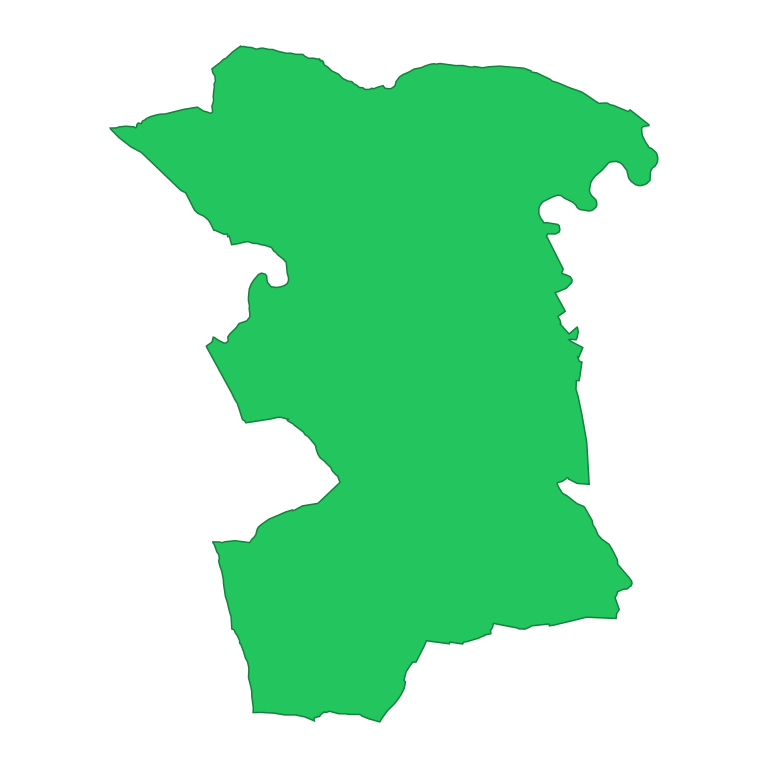 Sercaia, Brasov, Romania
{"feature_id": "2599482B18574543528453", "entity_name": "Sercaia", "entity_type": "district", "adm_level": 2, "iso_a3": "ROU", "parent_name": "Romania", "parent_adm1": "Brasov", "projection": "natural_earth1", "projection_center": [25.127, 45.831], "detail": "fine", "context": "isolated", "style": "filled", "palette": "green", "viewbox_px": 768, "rotation_deg": 0, "n_neighbors": 0, "source": "geoboundaries", "source_scale": "gbopen_adm2", "svg_char_len": 6040}
<svg xmlns="http://www.w3.org/2000/svg" viewBox="0 0 768 768"><path d="M584.5,507.1L583.4,506.3L576.9,503.6L567.1,495.9L562.3,493.1L558.8,487.4L557.2,483.9L557.3,482.9L557.6,482.6L561.9,481.5L565.7,479.1L566.3,478.1L567.3,477.6L568.2,478.1L568.7,479.1L577.1,483.4L589.2,484.3L586.7,442.0L582.0,415.1L578.2,396.7L576.0,389.3L576.3,380.6L579.0,380.8L580.0,375.8L581.9,362.1L579.3,361.2L577.7,356.8L578.8,357.2L582.8,347.6L572.0,341.9L568.8,339.7L569.2,339.4L571.1,339.3L576.0,339.8L577.0,338.0L578.3,331.9L577.5,327.7L577.1,327.1L569.0,333.9L560.2,324.0L560.8,323.3L559.9,319.9L557.9,316.5L565.3,311.3L555.1,292.6L558.4,291.6L566.3,288.2L571.7,282.6L572.1,280.1L571.8,279.1L570.3,276.8L566.0,274.8L562.1,273.6L561.9,272.0L562.6,271.2L563.2,269.1L547.3,237.4L546.3,236.8L547.8,233.8L555.4,234.0L559.2,232.0L559.9,229.9L559.2,225.6L557.6,224.4L546.5,222.6L544.1,223.0L540.5,217.8L539.0,213.9L538.8,211.5L539.0,208.2L539.7,206.0L541.7,203.1L543.1,201.6L552.7,196.9L557.2,195.3L559.2,195.2L561.2,195.6L564.4,198.1L572.5,202.1L575.8,204.9L576.8,206.9L578.6,208.8L580.3,209.6L585.5,210.3L588.3,211.0L591.0,210.7L592.7,210.0L595.8,207.4L596.6,206.0L596.8,203.7L596.4,201.3L595.7,199.6L591.8,195.9L590.0,193.1L589.4,190.2L590.6,183.1L592.5,179.4L595.1,176.2L602.5,169.7L608.5,162.9L610.7,161.9L616.2,161.4L620.3,162.8L622.5,164.7L626.8,170.3L628.3,176.6L629.2,179.0L631.4,181.6L635.5,184.6L638.7,185.6L641.1,185.6L645.3,184.4L646.9,183.4L650.0,180.3L650.4,173.4L650.8,170.7L652.1,168.4L655.1,166.0L656.7,163.6L657.5,161.6L657.8,158.1L656.8,153.8L655.6,152.0L651.8,148.7L648.5,147.1L648.0,145.6L645.6,142.2L642.7,136.4L642.1,134.2L641.6,129.5L641.9,127.9L642.6,126.9L645.0,126.1L649.0,125.6L648.9,124.7L630.1,109.9L628.1,111.5L613.4,105.4L610.2,104.8L607.9,103.4L606.5,103.0L598.7,103.3L582.0,92.1L569.3,87.6L557.7,82.7L552.4,81.2L550.1,79.3L536.8,72.9L531.9,72.1L531.1,71.7L531.0,70.8L523.9,68.2L499.7,66.1L488.6,66.8L482.5,67.8L474.3,66.5L473.0,67.0L470.5,67.1L462.8,65.5L455.8,65.6L440.0,63.5L435.7,64.2L434.3,63.7L431.0,64.1L424.8,66.0L421.8,67.5L414.1,69.1L409.2,71.9L403.2,74.5L399.5,76.9L396.0,81.7L395.0,85.8L391.3,88.5L389.0,88.8L385.1,88.3L383.0,85.6L376.8,87.5L373.6,88.8L372.0,88.2L369.4,89.4L365.0,89.4L362.8,87.7L359.5,87.5L356.5,85.1L354.1,84.0L351.8,81.6L348.2,81.1L342.8,78.5L338.4,74.1L331.8,70.9L327.4,66.8L324.8,65.3L323.3,63.3L323.7,63.3L323.7,62.9L323.1,61.5L321.6,60.4L320.6,60.9L320.0,60.4L319.9,59.3L319.5,58.9L317.3,59.1L313.6,58.2L308.5,58.3L304.5,56.0L302.8,54.4L295.7,54.3L290.4,53.1L286.6,53.3L277.7,51.2L272.7,49.5L268.9,49.4L262.7,48.1L259.5,48.4L257.1,49.1L255.7,49.0L251.6,47.5L247.4,47.2L243.5,46.4L240.9,46.8L240.6,46.1L232.2,52.3L226.0,58.2L223.1,59.6L220.6,62.2L211.9,68.9L212.9,73.0L214.9,76.0L215.4,81.4L214.3,83.3L214.1,84.5L214.4,86.9L213.8,90.3L213.2,96.5L213.6,100.1L213.0,103.0L211.9,106.0L212.6,111.4L212.4,112.2L211.6,112.8L210.5,113.3L206.8,111.9L203.3,111.0L197.5,107.2L196.2,107.3L183.5,109.4L165.2,114.0L159.9,114.2L156.2,115.0L150.6,116.6L146.3,118.6L145.2,119.7L142.5,121.1L141.2,123.7L138.2,123.0L136.9,124.5L136.6,127.0L135.8,127.9L133.8,126.8L125.7,126.2L119.3,126.9L116.3,127.9L110.2,128.1L110.9,129.4L118.9,137.5L130.9,146.9L141.3,152.4L180.9,190.4L185.7,192.9L194.5,210.1L197.7,213.2L204.3,216.4L208.6,220.3L211.1,224.6L213.8,230.2L215.5,230.5L223.7,234.2L227.2,234.0L227.7,236.7L229.3,236.2L231.6,244.7L238.6,243.6L245.8,241.8L248.9,241.8L252.9,243.3L257.6,243.6L260.9,244.7L264.6,245.2L270.9,247.3L272.0,248.2L274.0,251.4L275.5,252.1L278.2,255.2L284.3,260.0L284.3,260.5L286.2,262.2L287.2,273.1L288.5,277.7L288.4,281.0L287.3,283.3L285.7,284.8L283.5,285.9L280.7,286.8L276.7,287.5L271.0,286.7L267.6,282.5L266.8,278.9L266.7,276.2L265.4,274.2L261.5,273.1L258.4,274.5L253.4,280.5L251.0,284.4L249.3,288.8L248.4,297.7L248.5,301.0L249.5,306.2L249.1,308.3L249.9,314.1L249.8,316.9L246.7,320.9L239.1,323.5L236.5,327.4L229.6,334.2L227.8,337.0L228.2,340.1L227.9,341.3L226.5,342.6L225.2,343.1L223.5,342.9L217.2,339.5L214.3,337.4L213.2,337.2L212.2,341.6L210.7,343.1L206.6,345.8L206.3,346.5L231.8,393.2L234.7,399.3L237.4,403.6L242.5,419.6L244.3,420.5L245.9,422.8L270.5,419.0L277.4,417.4L280.7,417.3L287.1,419.0L289.1,419.0L287.2,419.6L287.5,420.7L293.1,423.9L294.2,425.1L303.1,431.8L305.3,434.9L307.8,436.3L313.7,443.2L315.5,445.7L316.4,449.9L318.0,454.3L319.8,457.2L320.7,458.3L324.7,461.3L326.3,463.3L330.9,467.6L331.5,469.4L332.5,471.1L336.2,475.1L337.6,476.0L340.0,482.4L317.9,503.4L302.4,505.9L294.3,510.3L292.8,510.6L292.5,509.9L285.9,511.9L269.1,519.1L261.9,524.1L258.5,527.0L257.1,529.5L256.0,534.2L254.6,536.6L251.9,539.3L249.6,542.6L235.1,540.7L225.3,541.7L222.0,542.7L219.4,542.0L212.9,541.9L212.9,542.8L214.3,544.6L216.9,552.0L218.3,553.7L219.0,555.8L219.3,558.3L218.7,561.2L219.8,565.9L221.7,571.1L223.3,579.1L223.6,584.4L225.4,596.4L227.3,602.3L229.2,610.5L231.1,617.0L231.8,628.9L234.0,629.8L235.7,633.4L237.2,635.4L239.6,640.6L239.6,642.9L241.1,645.1L243.5,651.5L245.6,658.5L247.1,660.9L247.8,662.7L248.9,668.4L248.5,677.7L251.0,687.4L251.8,691.7L251.8,696.2L253.3,707.7L253.1,712.6L260.8,712.4L273.7,713.1L284.7,714.9L295.2,714.9L305.2,717.0L314.3,720.9L313.9,718.7L315.3,717.5L319.7,716.4L320.6,714.6L324.5,711.8L325.4,712.4L326.6,712.3L329.6,711.3L339.0,713.8L344.9,713.8L349.6,714.4L360.4,714.5L361.7,715.9L368.8,718.8L379.8,721.9L382.3,717.8L387.8,710.3L394.2,704.0L397.7,699.7L401.3,694.3L404.4,687.9L405.4,681.7L404.0,680.3L406.1,671.9L409.8,666.0L412.8,662.1L416.0,662.1L424.3,645.9L426.5,640.8L449.4,643.8L449.9,642.1L462.6,644.0L463.5,642.2L467.5,641.5L478.3,638.2L484.8,635.4L484.8,635.0L490.9,633.7L490.5,630.6L492.5,627.4L493.5,623.4L516.9,627.9L518.8,628.8L524.9,629.1L528.4,627.7L531.9,625.8L548.9,624.0L549.4,625.8L553.5,625.2L586.6,617.2L616.1,618.5L616.7,613.6L619.2,609.3L615.0,597.6L616.7,594.9L617.6,591.8L622.7,589.4L627.6,588.8L629.0,587.1L631.1,585.8L632.0,583.7L631.7,581.3L629.4,578.0L617.8,564.4L617.3,559.6L612.0,549.1L609.0,544.3L601.9,539.2L597.9,534.8L595.6,529.0L592.8,524.6L592.2,520.6L584.5,507.1Z" fill="#22c55e" stroke="#15803d" stroke-width="1.5"/></svg>